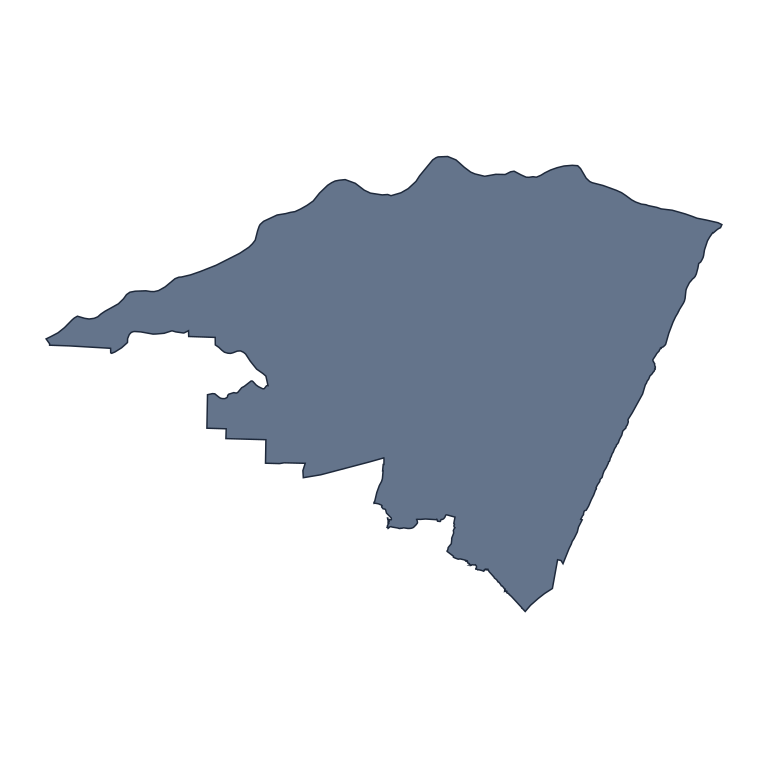 the district of Chilia Veche, Tulcea, Romania
{"feature_id": "2599482B80107989575451", "entity_name": "Chilia Veche", "entity_type": "district", "adm_level": 2, "iso_a3": "ROU", "parent_name": "Romania", "parent_adm1": "Tulcea", "projection": "orthographic", "projection_center": [29.347, 45.324], "detail": "fine", "context": "isolated", "style": "filled", "palette": "slate", "viewbox_px": 768, "rotation_deg": 0, "n_neighbors": 0, "source": "geoboundaries", "source_scale": "gbopen_adm2", "svg_char_len": 6118}
<svg xmlns="http://www.w3.org/2000/svg" viewBox="0 0 768 768"><path d="M387.0,527.3L387.6,527.8L388.0,527.5L388.2,528.3L390.0,526.8L391.1,526.6L391.8,527.0L397.7,528.0L399.2,528.5L400.2,528.5L400.8,528.2L401.8,528.3L403.6,527.8L408.0,528.5L410.4,528.4L411.9,528.1L413.5,527.4L416.2,524.7L417.4,523.0L417.5,522.6L417.3,521.1L416.6,519.4L417.0,519.3L420.4,519.4L425.5,519.0L436.4,519.7L436.7,519.7L436.7,519.3L436.8,519.3L436.9,519.7L437.3,520.1L437.4,521.0L437.6,521.2L440.1,521.5L440.6,521.0L440.7,520.3L441.2,519.5L442.6,519.4L443.8,518.6L444.9,517.2L445.7,515.2L446.6,514.8L455.0,517.1L453.8,523.4L454.5,524.2L454.0,525.2L454.0,526.5L454.2,527.0L455.0,527.7L454.0,529.0L453.3,530.6L453.6,532.0L453.6,533.3L451.7,538.2L451.7,539.8L451.3,543.7L448.2,547.5L447.8,549.8L447.0,551.1L447.2,551.5L453.4,556.2L453.4,557.2L455.0,558.0L458.2,559.2L460.1,558.9L465.2,560.1L465.6,561.0L466.0,561.2L466.3,560.9L465.9,560.7L466.4,560.5L467.3,560.8L467.4,561.0L467.1,561.6L467.7,562.0L467.7,562.9L469.4,563.6L469.4,564.3L469.9,564.6L469.4,564.9L470.4,564.9L470.4,565.5L471.3,565.3L472.1,564.7L474.3,565.0L475.3,564.7L476.5,566.2L476.5,567.2L476.4,567.7L475.8,568.5L475.8,569.1L477.1,569.3L477.8,569.9L478.6,569.7L481.5,570.4L483.7,571.2L483.9,570.7L484.6,570.4L484.4,569.9L484.8,569.8L485.1,569.3L486.2,569.4L486.7,569.9L487.1,569.9L486.5,569.2L487.9,569.3L487.8,569.9L488.2,570.0L489.1,571.6L494.0,577.1L494.4,578.0L496.6,579.7L498.2,582.1L498.7,582.1L499.2,582.6L500.5,584.3L501.4,585.9L502.3,586.0L504.8,589.2L504.7,590.3L505.2,589.6L505.4,590.4L505.3,591.3L506.4,591.1L506.9,591.3L506.5,592.1L507.2,593.1L508.1,593.3L508.9,593.9L509.1,594.5L509.6,594.6L510.1,595.4L511.2,596.2L521.8,607.7L521.8,608.2L522.2,608.3L525.2,611.5L530.5,605.3L538.2,598.5L544.6,593.5L552.4,588.5L557.6,559.7L561.0,560.5L563.0,563.7L569.2,548.3L571.3,544.1L572.2,541.4L574.1,538.5L577.3,532.0L578.5,527.0L582.2,519.8L580.7,519.2L581.9,517.2L582.2,516.3L583.5,514.7L583.5,513.7L584.1,511.3L584.7,510.7L586.2,510.2L588.6,506.1L591.4,499.5L593.7,495.0L595.4,490.3L596.2,489.2L596.4,488.6L596.0,487.9L596.1,487.6L597.4,485.0L599.8,481.4L600.1,479.4L602.1,477.4L603.0,473.9L604.1,471.0L606.1,467.9L607.7,464.5L608.4,463.1L608.5,461.9L609.4,461.4L609.7,460.7L610.4,457.9L611.1,456.8L612.2,453.7L613.2,452.2L614.5,448.8L616.4,445.8L616.4,444.9L617.4,444.0L618.4,442.6L619.4,439.6L621.8,435.1L622.6,431.7L623.0,430.8L625.8,428.1L626.0,427.5L626.1,426.6L627.3,425.0L628.2,422.3L628.3,421.5L628.0,420.2L628.1,419.4L632.2,412.9L642.6,394.0L645.4,384.6L645.7,384.3L646.6,382.8L647.0,381.4L648.7,379.1L649.9,376.0L651.8,374.2L652.8,372.8L652.9,372.4L653.3,372.1L654.2,371.1L654.4,370.2L655.2,369.3L655.3,368.9L654.8,368.5L655.3,367.5L655.4,367.0L654.9,366.1L654.6,364.3L654.7,363.6L653.6,362.2L653.5,361.4L653.0,361.0L652.8,359.8L656.0,354.9L656.7,353.6L659.2,350.9L659.7,349.3L661.3,348.3L661.5,347.7L661.3,347.6L663.3,346.8L665.0,345.2L665.7,344.2L668.8,333.3L673.0,322.2L675.5,316.9L678.1,312.5L678.3,311.6L678.9,311.0L679.3,309.8L683.4,303.2L684.4,301.1L685.1,298.4L685.9,290.8L686.2,289.4L687.0,287.4L689.4,282.7L691.6,280.2L692.2,279.3L694.1,277.7L695.1,276.5L696.3,274.0L697.9,268.0L698.7,263.5L700.6,262.1L701.7,260.3L703.1,257.5L703.6,255.6L704.5,249.9L707.5,240.8L709.7,237.0L712.7,232.7L713.2,233.0L716.9,229.8L718.6,228.6L720.5,227.7L721.9,224.6L718.0,222.7L706.2,220.0L697.0,218.2L692.6,216.5L685.2,213.9L672.2,210.2L661.2,208.9L656.9,207.4L648.3,205.6L645.9,204.7L641.4,204.1L635.6,202.0L631.4,199.7L625.9,195.6L621.6,192.7L616.3,190.3L603.1,185.5L592.2,182.7L589.7,181.5L586.2,178.2L580.5,168.5L577.7,165.7L572.2,165.3L564.0,166.0L557.1,167.7L550.6,170.0L544.9,172.8L541.0,175.2L536.4,177.2L533.0,176.7L529.0,177.3L526.2,177.2L520.9,174.8L514.1,171.2L510.6,171.8L505.2,174.5L495.8,174.3L484.7,176.3L474.9,173.9L470.7,172.1L464.3,167.3L456.0,159.9L447.7,156.5L438.1,156.9L436.0,157.7L432.7,159.9L419.6,175.8L416.0,181.4L408.1,188.7L400.9,192.8L391.0,195.7L387.7,194.5L382.2,194.9L370.4,193.1L364.3,190.2L355.3,183.3L345.2,179.6L339.3,180.2L335.1,181.0L331.6,182.7L327.6,185.3L319.5,193.1L313.2,201.0L307.1,205.3L300.6,209.0L295.0,211.6L290.3,212.4L285.7,213.6L277.1,215.0L263.6,221.3L260.1,224.5L259.1,226.4L257.6,230.8L255.2,240.2L252.4,243.8L248.9,247.2L239.7,253.3L216.2,265.2L200.3,271.5L190.5,274.9L181.5,277.0L178.8,277.2L175.0,278.7L165.1,286.9L158.5,290.6L154.1,291.6L150.5,291.5L145.9,290.8L135.2,291.2L129.9,292.2L126.5,294.6L123.5,298.8L118.4,303.8L104.9,311.3L100.8,314.1L97.8,316.8L94.2,318.3L89.1,319.0L84.6,318.3L77.4,316.2L74.3,318.0L72.2,319.8L64.4,327.7L58.0,332.8L50.8,336.6L46.1,338.9L49.6,343.8L49.6,345.2L69.5,345.9L110.6,348.3L110.7,352.8L111.7,353.3L114.9,352.0L121.6,347.8L127.1,342.9L127.5,342.4L127.6,338.6L129.3,334.5L131.3,332.4L133.1,331.7L134.6,331.5L140.8,331.9L153.0,334.1L156.1,334.0L164.1,333.3L172.0,330.8L175.8,331.9L183.5,333.0L184.4,332.8L188.5,330.7L188.7,336.5L215.2,337.4L215.3,344.9L218.9,347.4L221.8,350.2L224.4,352.2L227.8,353.2L230.5,353.4L232.9,352.8L237.3,351.1L240.5,350.9L243.5,352.3L245.6,354.0L250.3,361.2L256.6,369.1L263.0,373.6L265.9,376.1L268.0,385.6L267.3,385.5L266.4,385.9L264.3,388.6L263.5,388.8L262.6,388.7L258.3,386.6L256.1,385.0L253.0,381.6L252.1,381.0L251.1,381.0L244.3,386.3L241.7,387.7L237.7,392.5L236.2,393.1L233.8,392.6L228.7,394.2L227.7,395.4L227.5,396.7L227.0,397.5L224.9,398.6L222.5,398.6L220.5,398.2L218.7,397.0L214.8,393.8L212.5,393.6L207.5,394.7L206.9,428.2L226.2,428.8L225.9,438.6L265.9,439.7L265.5,463.2L279.5,463.6L284.1,462.8L305.2,463.3L302.9,470.6L303.3,477.7L320.7,474.8L369.6,461.9L383.8,457.9L384.0,459.5L383.9,464.5L383.2,464.5L382.6,470.9L383.1,470.9L382.4,478.6L381.6,481.3L379.3,485.6L376.8,492.5L374.7,501.4L374.1,502.1L373.9,502.8L374.0,503.4L375.0,503.2L378.4,503.8L381.4,505.1L382.0,505.6L381.6,506.9L383.1,508.8L384.9,509.1L385.6,509.8L386.5,513.1L391.2,517.9L391.4,519.4L391.1,519.8L389.8,519.7L389.4,519.5L388.9,520.1L388.0,519.1L387.8,518.0L387.5,518.0L387.9,520.1L389.2,521.2L389.2,521.7L388.6,522.1L388.0,522.0L388.0,522.4L388.7,523.4L388.0,523.8L388.1,524.6L387.4,525.8L387.4,526.9L387.0,527.3Z" fill="#64748b" stroke="#1e293b" stroke-width="1.5"/></svg>